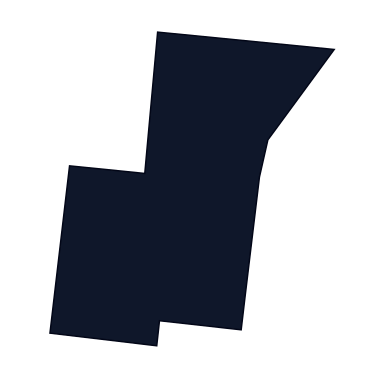 outline of Kerr, Texas, United States of America, rotated 276°
{"feature_id": "52423323B33444382210707", "entity_name": "Kerr", "entity_type": "district", "adm_level": 2, "iso_a3": "USA", "parent_name": "United States of America", "parent_adm1": "Texas", "projection": "equal_earth", "projection_center": [-99.429, 30.036], "detail": "fine", "context": "isolated", "style": "filled", "palette": "ink", "viewbox_px": 384, "rotation_deg": 276, "n_neighbors": 0, "source": "geoboundaries", "source_scale": "gbopen_adm2", "svg_char_len": 306}
<svg xmlns="http://www.w3.org/2000/svg" viewBox="0 0 384 384"><g transform="rotate(276 192 192)"><path d="M36.8,65.5L35.4,173.0L60.6,173.1L60.1,255.3L93.1,255.7L213.9,257.5L251.8,262.0L348.6,318.5L347.4,141.1L205.5,143.1L205.2,67.5L36.8,65.5Z" fill="#0f172a" stroke="#020617" stroke-width="1.5"/></g></svg>